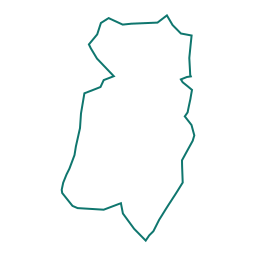 Kateila, Southern Darfur, Sudan
{"feature_id": "16777658B63879676437189", "entity_name": "Kateila", "entity_type": "district", "adm_level": 2, "iso_a3": "SDN", "parent_name": "Sudan", "parent_adm1": "Southern Darfur", "projection": "robinson", "projection_center": [24.324, 11.019], "detail": "fine", "context": "isolated", "style": "outline", "palette": "teal", "viewbox_px": 256, "rotation_deg": 0, "n_neighbors": 0, "source": "geoboundaries", "source_scale": "gbopen_adm2", "svg_char_len": 940}
<svg xmlns="http://www.w3.org/2000/svg" viewBox="0 0 256 256"><path d="M191.6,35.5L180.9,33.5L172.6,25.1L166.9,15.4L157.5,22.6L131.4,23.7L122.7,24.6L108.6,18.1L100.9,23.0L97.2,34.4L88.9,44.4L90.8,48.3L94.1,53.8L97.0,58.6L113.8,76.2L103.7,80.1L100.5,87.0L95.5,89.0L84.4,93.3L81.0,113.4L80.0,128.1L75.9,146.4L74.5,155.1L69.4,168.7L66.5,174.5L63.2,182.7L61.7,189.8L62.2,193.0L72.5,205.9L77.6,208.1L103.7,209.7L120.9,203.2L122.9,213.5L134.1,228.8L145.7,240.6L149.2,235.4L153.4,231.2L159.2,219.7L161.1,216.7L165.5,209.6L169.0,204.1L171.1,200.9L172.9,198.1L175.0,194.9L177.6,190.8L181.8,184.0L182.7,182.6L182.1,166.0L182.0,160.3L187.8,149.7L192.7,140.8L194.3,135.4L191.5,125.0L187.0,119.2L184.9,116.5L184.8,116.4L187.6,112.4L188.7,106.9L190.4,99.0L191.1,94.8L192.0,89.9L187.8,86.4L182.7,82.3L180.9,79.4L186.9,77.0L190.8,76.4L190.2,74.9L190.0,70.8L189.3,58.0L190.6,44.9L191.6,35.5L191.6,35.5Z" fill="none" stroke="#0f766e" stroke-width="2"/></svg>